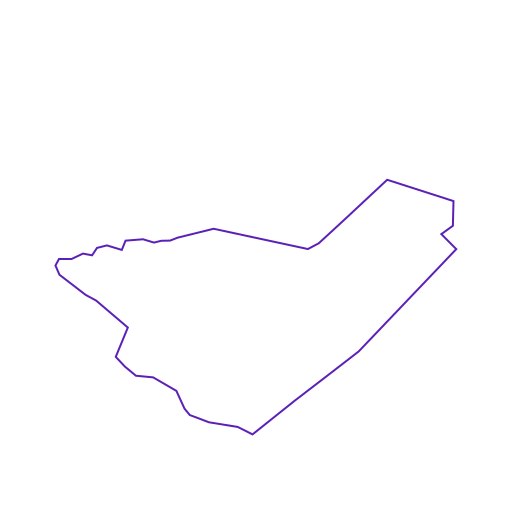 outline of Lagoa d'Anta, Rio Grande do Norte, Brazil, rotated 310°
{"feature_id": "56859067B71125649777264", "entity_name": "Lagoa d'Anta", "entity_type": "district", "adm_level": 2, "iso_a3": "BRA", "parent_name": "Brazil", "parent_adm1": "Rio Grande do Norte", "projection": "orthographic", "projection_center": [-35.638, -6.37], "detail": "fine", "context": "isolated", "style": "outline", "palette": "violet", "viewbox_px": 512, "rotation_deg": 310, "n_neighbors": 0, "source": "geoboundaries", "source_scale": "gbopen_adm2", "svg_char_len": 675}
<svg xmlns="http://www.w3.org/2000/svg" viewBox="0 0 512 512"><g transform="rotate(310 256 256)"><path d="M183.9,146.2L174.4,149.3L168.3,135.0L160.0,129.0L151.2,130.0L146.6,121.9L135.1,116.6L127.1,107.0L119.8,108.5L115.3,117.5L116.7,150.4L119.1,162.2L118.8,203.8L88.6,213.4L87.0,226.8L87.1,241.0L96.9,255.2L101.5,281.7L93.1,299.4L91.6,307.5L98.4,326.9L113.3,351.9L117.1,368.0L170.7,378.8L212.6,388.1L248.9,396.0L291.2,398.7L324.4,400.8L390.0,405.0L391.9,383.9L405.7,387.4L425.0,372.0L398.7,307.5L336.1,299.8L306.1,295.9L294.7,291.3L249.6,206.0L219.7,184.2L212.6,180.3L206.8,173.7L200.7,169.2L196.2,158.7L183.9,146.2Z" fill="none" stroke="#5b21b6" stroke-width="2"/></g></svg>